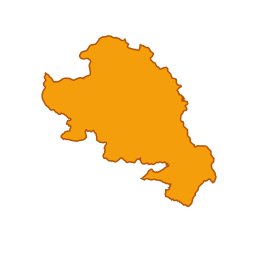 Barzava, Arad, Romania, rotated 70°
{"feature_id": "2599482B44440142335620", "entity_name": "Barzava", "entity_type": "district", "adm_level": 2, "iso_a3": "ROU", "parent_name": "Romania", "parent_adm1": "Arad", "projection": "mercator", "projection_center": [22.115, 46.112], "detail": "fine", "context": "isolated", "style": "filled", "palette": "amber", "viewbox_px": 256, "rotation_deg": 70, "n_neighbors": 0, "source": "geoboundaries", "source_scale": "gbopen_adm2", "svg_char_len": 5811}
<svg xmlns="http://www.w3.org/2000/svg" viewBox="0 0 256 256"><g transform="rotate(70 128 128)"><path d="M112.3,193.2L113.8,193.9L116.5,192.5L116.4,191.2L117.9,189.4L118.7,187.1L119.6,186.5L122.2,182.0L123.1,180.0L123.0,177.8L123.7,175.2L123.7,174.1L123.4,172.0L122.9,171.4L122.7,170.5L122.1,170.1L117.0,169.5L115.3,168.0L115.5,167.7L117.2,167.1L117.4,166.8L117.5,165.2L118.9,163.9L119.0,163.4L118.7,162.8L118.4,161.4L118.5,161.2L119.6,160.9L120.8,161.0L121.5,160.7L121.8,160.2L122.7,160.0L124.0,160.4L125.0,160.3L128.6,161.4L129.2,161.2L130.6,159.8L131.3,159.6L131.9,158.9L133.4,156.2L133.3,155.1L133.8,154.0L134.1,153.6L135.0,153.4L135.8,153.9L136.3,154.5L136.6,155.4L136.8,155.6L137.8,156.0L138.9,157.3L140.4,156.8L141.1,156.9L141.8,157.9L142.8,158.1L143.2,158.4L144.8,160.4L146.6,161.1L147.9,161.0L148.3,160.5L149.1,158.8L149.9,158.1L150.5,158.3L152.5,156.9L152.8,155.5L153.6,154.7L153.5,153.9L155.5,151.7L155.5,150.2L154.6,146.9L153.8,145.7L153.8,144.7L154.5,144.0L154.7,143.4L156.4,142.9L159.0,141.2L159.8,141.2L160.3,140.1L160.1,138.6L160.4,137.8L161.6,135.9L161.9,134.7L162.4,134.5L162.8,133.6L162.5,133.0L160.6,130.5L160.7,129.3L161.0,128.5L160.5,126.6L161.5,126.9L162.1,127.6L163.4,127.2L164.9,127.3L166.9,126.2L167.3,125.3L167.7,121.9L169.5,120.7L169.7,118.3L170.7,117.1L170.9,116.0L170.6,114.4L170.0,113.1L170.6,112.1L171.0,111.2L170.7,110.2L170.8,109.3L171.5,108.3L172.3,107.8L172.6,107.3L172.3,105.4L172.6,105.8L172.6,105.2L173.1,105.2L173.5,104.7L173.5,104.4L174.4,104.2L174.6,103.9L174.8,103.2L175.6,104.4L175.8,103.9L176.0,104.1L176.1,104.4L176.3,104.3L176.5,103.5L177.0,103.5L177.0,103.2L177.2,103.5L177.2,102.9L177.6,102.8L177.8,103.9L177.6,104.6L178.3,108.0L178.8,108.4L179.6,113.0L179.5,114.4L179.8,115.5L179.1,116.2L179.1,117.4L178.8,117.9L177.2,119.2L175.3,119.5L174.8,120.1L174.7,121.0L175.1,122.0L175.0,122.4L176.1,124.2L177.2,125.1L177.7,125.8L178.0,126.9L179.0,128.7L179.3,130.1L180.0,131.4L180.1,132.6L182.4,130.3L181.8,129.4L181.8,128.3L182.3,127.1L184.7,124.0L185.2,120.6L186.5,119.3L187.1,117.6L187.9,116.9L188.2,115.7L188.9,115.2L189.3,114.5L190.4,114.0L192.1,112.0L193.0,111.4L193.8,109.7L195.1,108.3L195.3,107.1L196.5,107.8L196.2,108.1L196.6,108.2L198.2,109.2L198.5,109.5L198.4,109.8L198.6,109.7L199.6,110.3L199.7,110.7L199.7,111.3L199.8,111.8L199.5,112.8L198.9,113.6L201.4,114.6L202.9,115.6L205.2,116.0L206.3,114.3L207.3,113.4L208.5,113.0L209.1,111.9L210.5,111.6L210.3,110.2L211.6,109.8L211.9,108.7L212.6,107.9L212.5,106.7L213.5,106.4L214.3,104.9L215.7,104.6L216.3,103.5L217.7,102.9L219.4,102.0L219.8,100.3L221.2,99.5L221.4,99.0L222.1,98.6L222.3,98.1L222.2,97.3L220.5,93.9L216.4,91.2L215.6,90.1L214.8,89.4L214.2,87.8L213.1,87.3L212.3,87.3L210.3,83.7L209.4,82.9L208.2,82.2L207.2,81.3L205.0,76.2L203.7,74.4L203.7,74.0L204.5,73.1L204.2,72.3L204.3,71.6L203.7,69.5L203.8,69.2L204.7,68.1L205.9,68.0L208.4,67.1L208.5,66.9L208.0,66.0L208.0,65.0L206.3,63.9L205.3,62.8L203.8,62.0L202.0,62.0L199.7,61.6L198.2,62.3L197.4,62.0L195.8,63.0L191.7,62.6L190.1,61.4L189.0,59.2L188.6,58.8L187.2,58.4L186.0,57.7L184.7,58.4L182.7,58.7L182.2,59.1L180.7,58.9L177.9,58.0L177.5,58.4L176.2,58.9L175.4,59.6L174.2,59.6L172.9,60.2L171.4,61.4L170.8,63.0L170.4,63.8L170.2,64.7L168.5,68.8L168.8,71.5L168.5,71.9L168.2,72.0L166.7,71.4L165.2,72.7L162.8,74.0L160.3,73.8L159.8,73.3L159.2,73.2L158.6,73.2L156.2,74.4L155.2,74.6L153.1,73.7L149.7,72.7L149.0,73.4L147.5,74.0L146.2,74.9L144.7,75.0L142.4,74.1L141.5,74.1L140.8,74.2L140.4,75.2L139.7,75.7L138.6,75.9L137.0,75.3L133.8,73.5L132.8,71.5L132.0,70.8L131.5,70.7L131.1,69.7L131.0,68.9L131.2,67.7L131.1,66.7L130.0,66.1L126.6,66.7L126.2,64.6L125.7,63.6L125.1,63.4L124.5,63.6L123.5,63.4L121.5,66.1L121.4,67.5L121.2,67.9L119.1,67.2L119.2,66.9L119.6,66.9L119.3,66.7L120.1,66.6L119.6,66.6L119.7,66.4L119.3,66.3L120.2,66.1L120.3,65.9L119.7,65.8L119.0,66.3L118.4,65.7L118.7,65.4L118.3,65.5L117.3,65.7L116.7,66.1L116.8,66.5L116.1,66.4L115.5,66.7L115.0,67.1L114.7,67.7L114.1,68.4L113.3,68.1L112.2,68.5L111.2,68.4L109.4,69.0L107.9,66.8L107.3,63.9L106.0,63.8L105.1,66.1L103.0,67.1L101.2,66.9L99.6,66.1L98.7,66.2L97.6,67.3L96.5,69.0L95.7,69.7L94.6,69.4L93.0,69.6L91.9,69.5L87.6,71.3L86.4,70.4L84.6,70.9L84.1,71.3L84.0,71.7L83.6,74.8L83.8,77.3L83.6,77.8L81.3,78.5L80.6,79.4L79.7,80.0L76.0,80.5L75.3,81.6L74.8,81.9L72.3,83.1L70.4,83.2L69.7,82.8L69.2,81.1L68.1,79.9L67.8,79.2L66.4,78.8L64.2,80.3L59.7,81.3L59.0,82.2L58.5,83.5L55.9,85.5L54.9,87.5L54.1,87.6L53.9,87.9L55.4,88.9L56.8,89.4L58.3,90.7L58.6,91.2L58.2,92.4L56.7,94.2L56.2,95.5L53.0,99.9L52.5,100.4L51.5,100.7L50.4,100.0L49.4,98.8L46.6,101.0L45.2,100.5L43.6,100.5L44.2,101.5L43.8,103.8L41.1,105.8L39.4,107.6L38.1,111.0L35.7,112.9L34.4,116.1L34.7,118.1L33.7,120.7L34.2,123.5L34.5,124.6L35.7,125.8L37.6,128.7L38.1,130.1L38.0,131.1L37.3,133.6L37.9,136.2L39.4,137.8L41.0,140.1L41.1,141.3L40.8,143.7L40.9,145.0L41.2,146.5L42.2,147.4L42.9,148.4L43.9,148.8L45.4,148.8L46.8,148.0L47.9,146.3L48.2,144.9L48.3,143.4L49.3,141.7L51.5,140.2L52.6,140.2L55.9,143.1L62.6,144.2L64.6,145.1L65.3,146.0L65.2,149.9L65.6,152.4L66.4,152.8L64.4,155.4L64.2,158.1L64.5,162.2L64.3,163.2L61.3,166.2L59.7,170.0L59.5,172.2L60.7,177.3L59.2,182.2L55.3,182.8L53.3,184.0L50.5,184.9L49.7,185.8L48.2,186.7L48.5,187.0L50.4,187.7L51.6,189.1L52.6,189.2L55.0,188.9L57.4,192.3L59.4,192.4L61.2,191.7L61.8,191.9L62.6,192.7L63.5,194.3L66.3,196.6L67.5,197.4L69.1,198.0L71.7,198.3L78.0,197.5L80.1,196.5L81.5,195.4L83.4,195.1L84.6,194.4L85.0,194.1L85.1,192.8L85.5,191.4L88.6,190.3L89.7,189.2L91.4,188.4L91.8,186.7L91.3,186.1L91.3,185.6L92.2,184.7L92.8,183.5L93.6,183.2L95.1,182.0L98.5,180.5L99.6,178.7L100.2,178.6L100.7,178.9L101.1,180.1L100.7,180.7L100.5,181.3L100.8,182.6L103.2,184.3L104.5,182.4L105.5,183.0L106.8,181.1L110.8,183.8L110.1,187.3L110.1,188.2L110.9,189.2L111.4,191.5L111.9,192.2L112.3,193.2Z" fill="#f59e0b" stroke="#b45309" stroke-width="1.5"/></g></svg>